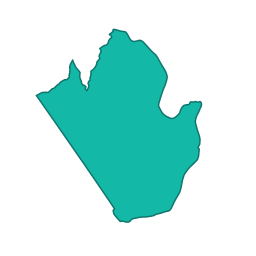 outline of Tabatinga, Amazonas, Brazil, rotated 315°
{"feature_id": "56859067B95161985484983", "entity_name": "Tabatinga", "entity_type": "district", "adm_level": 2, "iso_a3": "BRA", "parent_name": "Brazil", "parent_adm1": "Amazonas", "projection": "mercator", "projection_center": [-69.622, -4.029], "detail": "fine", "context": "isolated", "style": "filled", "palette": "teal", "viewbox_px": 256, "rotation_deg": 315, "n_neighbors": 0, "source": "geoboundaries", "source_scale": "gbopen_adm2", "svg_char_len": 3293}
<svg xmlns="http://www.w3.org/2000/svg" viewBox="0 0 256 256"><g transform="rotate(315 128 128)"><path d="M163.6,191.3L167.4,190.1L168.9,188.7L170.7,187.2L171.3,186.3L172.8,184.1L175.7,178.3L179.4,171.9L181.0,170.3L183.1,169.0L183.8,168.7L186.4,167.5L188.4,167.0L192.8,165.2L194.6,164.6L196.1,163.8L197.4,162.4L197.8,161.2L197.6,160.3L196.9,159.8L196.0,159.6L195.4,158.8L195.0,157.9L194.3,156.9L193.4,156.5L192.4,155.7L191.4,154.4L190.6,153.8L189.1,154.1L188.1,154.5L187.0,154.1L186.3,153.4L185.3,152.6L184.2,152.0L183.2,151.5L182.3,151.5L181.0,151.6L179.5,152.0L178.4,152.2L176.0,153.5L175.2,153.9L174.0,154.0L172.3,154.1L171.0,154.0L169.6,153.9L168.0,153.7L166.0,152.6L164.7,150.7L164.0,148.8L163.2,146.4L162.8,143.0L163.2,140.0L164.0,137.6L165.1,134.1L167.1,132.4L171.8,129.9L178.8,126.3L185.4,123.5L189.2,121.5L191.9,119.6L193.2,117.5L194.3,115.2L194.7,114.1L196.4,107.2L198.1,101.1L198.8,98.8L199.3,95.9L199.2,94.4L199.0,90.2L199.4,82.9L199.6,78.4L199.5,77.3L199.2,76.0L198.9,75.2L198.4,74.4L197.6,73.7L196.9,73.5L193.6,71.3L192.7,70.1L192.4,69.0L192.2,68.0L192.3,66.8L192.6,65.4L193.3,63.4L193.6,62.1L193.9,60.9L194.2,59.4L194.2,58.6L193.9,57.8L192.9,56.4L191.4,54.4L190.2,52.3L189.0,50.0L187.6,48.1L186.5,48.1L186.2,49.1L185.4,49.2L184.4,49.0L183.1,49.1L181.9,48.7L181.1,48.7L181.0,49.6L181.4,50.3L181.2,51.3L180.9,52.0L180.1,52.2L179.3,52.4L177.7,52.2L175.5,53.0L173.4,54.1L171.4,54.1L169.5,52.9L167.0,52.3L164.3,51.9L163.8,53.9L162.0,55.5L160.1,55.8L158.2,56.9L157.1,59.1L155.0,59.1L152.7,59.4L150.9,60.7L148.9,61.5L146.7,61.9L144.2,62.0L142.1,61.6L138.8,64.7L136.7,65.6L135.3,67.2L133.4,67.3L131.3,68.2L130.1,70.7L127.7,71.8L126.0,72.2L125.3,72.4L125.6,69.9L127.4,69.1L127.4,67.2L126.3,65.2L127.1,63.2L128.2,61.6L129.0,59.4L130.1,57.7L131.6,56.2L133.3,54.9L133.7,52.7L133.8,50.2L134.1,47.8L135.0,45.5L135.7,43.4L136.8,41.0L135.8,41.1L134.8,41.5L133.7,41.8L132.8,42.1L132.0,42.3L131.2,43.0L130.1,43.5L129.5,44.0L129.0,44.7L128.5,45.5L127.8,46.1L126.9,46.7L126.3,47.6L125.5,48.0L124.8,48.2L124.4,48.9L123.6,49.1L123.1,49.9L122.6,50.4L121.5,50.4L120.5,50.7L119.2,50.5L118.3,50.0L117.4,49.1L116.4,48.8L115.6,48.6L114.4,48.2L113.2,48.0L112.2,47.8L111.3,48.1L110.1,48.1L109.0,47.7L108.2,47.7L107.4,47.7L106.2,47.6L105.0,47.6L103.9,47.5L103.1,47.3L102.2,46.7L99.3,46.6L96.7,46.4L95.0,44.5L92.8,42.5L90.9,41.7L88.6,41.0L86.2,40.3L80.9,70.2L74.5,105.6L71.8,120.6L67.2,145.2L64.9,157.3L62.3,171.0L61.8,173.4L61.3,175.8L59.2,175.8L58.5,176.8L57.3,178.6L57.0,180.3L56.9,181.4L56.8,182.6L56.7,183.5L56.6,185.2L56.4,188.5L58.5,190.2L59.3,191.7L60.4,193.5L62.3,195.1L63.5,195.3L64.7,195.3L65.7,195.1L67.3,195.6L68.6,196.4L69.4,197.0L72.0,198.6L73.0,199.3L73.7,199.8L74.4,200.3L75.0,200.9L77.4,203.2L78.2,203.9L81.1,206.0L82.0,206.7L83.1,207.4L84.4,208.1L85.8,208.6L87.1,209.0L88.0,209.6L89.8,210.7L91.3,211.6L92.8,212.3L93.9,212.8L95.1,213.5L96.8,214.5L97.7,215.2L98.6,215.5L99.5,215.7L100.7,215.6L102.2,215.2L103.8,214.6L104.5,214.4L105.3,214.1L106.5,213.7L107.8,213.2L110.8,212.2L113.6,211.5L117.0,210.6L118.9,210.1L120.9,209.1L123.7,207.4L126.1,205.8L129.3,203.6L131.0,202.6L134.6,200.8L136.4,200.3L141.8,199.5L143.8,199.4L150.8,199.6L151.7,199.5L154.3,199.5L155.7,199.0L156.8,198.4L158.1,197.7L160.2,196.0L163.5,193.2L163.6,191.3Z" fill="#14b8a6" stroke="#0f766e" stroke-width="1.5"/></g></svg>